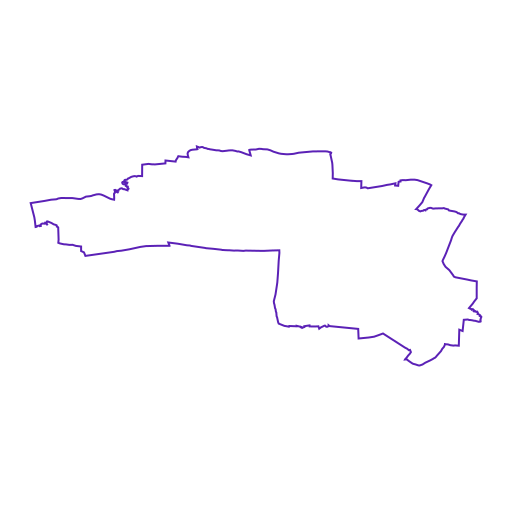 outline of Sopot, Dolj, Romania
{"feature_id": "2599482B68085275929328", "entity_name": "Sopot", "entity_type": "district", "adm_level": 2, "iso_a3": "ROU", "parent_name": "Romania", "parent_adm1": "Dolj", "projection": "robinson", "projection_center": [23.496, 44.397], "detail": "fine", "context": "isolated", "style": "outline", "palette": "violet", "viewbox_px": 512, "rotation_deg": 0, "n_neighbors": 0, "source": "geoboundaries", "source_scale": "gbopen_adm2", "svg_char_len": 6021}
<svg xmlns="http://www.w3.org/2000/svg" viewBox="0 0 512 512"><path d="M479.3,321.8L479.8,321.5L480.5,321.6L480.7,321.2L480.4,320.1L480.6,319.8L480.5,319.4L480.9,318.0L481.2,317.5L481.3,316.7L481.0,316.4L480.4,316.3L479.8,316.0L480.1,315.3L479.5,314.7L477.6,314.0L477.8,313.6L477.9,313.1L477.7,312.4L477.1,311.6L476.2,311.9L475.8,311.7L475.3,311.1L475.0,311.0L474.9,311.3L474.1,311.5L473.9,311.4L473.7,311.2L474.0,310.9L474.0,310.3L473.8,310.0L473.1,309.5L472.8,309.3L472.4,309.5L472.4,309.2L472.0,309.3L471.6,309.6L471.3,309.3L471.2,309.0L470.4,308.8L469.0,308.1L472.7,303.7L474.2,301.5L476.7,298.3L476.7,287.4L476.8,281.4L471.0,280.4L467.4,279.6L455.5,277.3L454.1,276.7L453.8,276.5L453.3,275.5L449.3,270.1L445.7,267.0L445.3,266.5L443.7,264.0L442.5,261.2L442.7,260.4L444.6,256.5L446.1,253.1L451.0,240.4L452.0,237.2L452.6,235.8L454.8,232.1L458.4,226.5L458.8,226.1L460.1,223.7L462.1,220.7L462.5,219.9L463.6,218.4L463.7,217.8L465.6,214.6L463.3,214.6L461.0,214.2L459.1,213.5L458.9,213.2L457.9,213.2L456.9,212.3L456.1,211.9L454.3,211.4L450.2,210.7L448.9,210.4L448.2,209.4L444.7,208.5L444.2,208.2L443.5,208.1L442.5,208.3L435.7,208.4L433.7,208.6L433.0,208.6L431.0,207.9L429.7,207.9L427.8,208.4L427.4,208.7L427.1,209.3L426.3,209.4L426.0,209.6L425.7,209.9L425.5,210.4L424.5,210.0L424.1,210.0L423.2,210.7L421.2,211.0L420.4,211.4L419.0,210.9L418.2,210.1L417.0,209.2L416.2,209.1L419.5,205.5L422.3,202.2L424.2,197.7L424.5,197.3L428.9,189.2L431.3,185.2L430.1,184.5L427.3,183.4L417.5,180.1L414.8,179.7L410.4,179.7L405.8,180.2L402.7,180.1L400.5,180.4L400.5,181.5L398.8,181.7L398.6,181.8L398.2,185.8L395.1,185.5L395.4,183.3L390.4,184.4L387.0,184.9L382.1,186.0L367.7,188.3L366.5,187.6L365.4,187.4L364.4,187.4L361.2,188.0L361.4,181.1L356.4,181.1L349.9,180.6L352.9,180.9L351.8,180.8L338.1,179.4L332.7,178.5L332.8,173.1L332.4,164.8L332.2,162.8L330.6,155.4L330.3,154.5L330.5,154.0L331.0,153.4L331.2,152.7L330.4,152.2L329.6,152.3L329.2,152.0L327.4,151.5L325.1,151.3L313.0,151.4L298.8,152.7L293.8,153.8L292.0,154.0L287.5,154.3L285.5,154.2L281.1,153.8L279.0,153.4L273.5,151.7L270.4,150.3L267.4,149.4L263.0,149.2L261.3,148.9L259.0,148.8L255.9,149.5L251.1,149.6L249.7,149.8L248.5,150.2L249.3,150.3L250.7,155.4L246.5,154.2L241.3,152.2L238.5,151.4L237.4,151.5L235.4,150.9L232.3,150.3L229.1,150.4L227.0,150.7L222.6,151.2L220.9,151.0L219.1,150.4L216.2,150.3L212.0,149.6L209.9,149.3L208.9,149.0L207.7,148.9L206.4,148.3L204.1,147.9L202.7,147.1L202.0,147.0L200.7,147.2L199.6,147.6L198.4,147.0L197.9,146.9L196.9,146.5L197.2,148.9L197.4,149.1L197.1,149.3L192.5,149.7L190.7,150.1L189.6,150.7L188.2,151.9L187.6,153.3L187.8,155.3L188.4,157.3L185.8,156.9L182.0,156.7L178.3,156.2L177.2,158.4L176.7,159.0L175.8,160.5L175.6,161.6L165.5,160.5L165.4,163.4L155.1,164.4L151.7,164.3L148.5,163.9L142.2,164.7L142.1,176.1L138.1,175.9L136.6,176.6L136.2,176.3L134.5,176.1L132.9,176.4L131.2,176.9L129.1,178.1L127.9,178.6L127.8,178.9L126.9,179.7L126.3,179.8L125.2,179.8L124.6,180.1L124.3,180.6L124.1,181.1L125.5,182.0L127.4,182.6L127.2,183.3L127.0,183.6L124.5,182.2L124.3,181.7L122.6,182.0L122.3,182.3L122.2,182.7L122.4,183.2L122.7,183.8L123.6,184.3L124.6,184.4L125.3,184.1L125.4,184.9L126.2,185.6L126.0,186.0L126.9,186.4L127.8,186.6L127.8,186.8L127.2,187.1L127.4,187.8L127.7,188.2L128.2,188.3L128.5,188.6L128.4,189.0L127.4,190.0L127.4,190.3L124.1,189.1L123.3,189.2L121.8,188.3L120.2,188.6L118.6,190.0L117.3,190.7L116.3,190.5L115.3,189.9L114.5,190.0L114.5,190.3L115.3,191.0L116.8,191.8L117.9,192.1L117.7,192.4L115.8,191.6L114.9,191.7L114.8,192.9L114.3,193.3L114.0,193.9L114.1,195.2L114.2,198.1L114.1,199.7L111.7,199.2L110.1,198.7L103.8,195.6L101.3,194.6L99.8,194.3L98.8,194.2L96.5,194.4L92.7,195.4L91.5,195.9L89.9,196.2L86.0,196.6L82.4,198.4L80.5,199.0L78.2,198.9L72.6,198.1L61.2,198.0L58.2,198.5L56.9,199.1L56.1,199.3L51.1,199.7L44.7,200.9L30.7,203.1L34.3,217.2L34.8,220.2L35.6,227.0L36.6,226.8L36.8,226.1L39.8,225.4L39.9,226.1L40.8,226.0L40.8,225.7L40.4,225.3L40.5,224.9L40.8,224.4L42.3,223.5L43.2,223.5L44.2,223.7L44.4,223.5L45.0,223.5L45.1,223.2L45.0,222.9L45.1,222.7L45.8,222.9L45.9,223.1L45.8,223.6L46.5,224.0L47.0,224.5L47.1,224.4L46.7,224.0L46.6,222.5L46.8,222.5L47.0,222.2L47.0,221.5L47.6,221.4L51.5,223.0L53.6,224.3L56.0,225.0L56.7,225.4L56.8,226.6L57.9,227.1L58.2,227.5L58.6,239.6L58.3,242.8L59.8,243.4L63.9,244.3L66.0,244.4L69.5,244.9L70.9,244.9L72.5,244.8L75.9,245.9L81.1,246.5L81.1,251.0L84.0,252.4L85.4,255.9L114.2,251.8L116.9,251.1L121.3,250.7L129.4,249.3L140.4,246.9L146.0,246.1L157.7,245.8L169.5,245.8L169.5,245.6L168.3,242.5L177.7,243.7L187.0,245.3L190.0,245.5L191.1,245.9L204.8,247.9L206.1,248.2L213.2,248.8L221.2,249.7L222.3,250.0L223.0,250.0L226.1,250.2L229.8,250.3L233.8,250.6L237.4,250.5L243.5,250.9L245.6,250.6L263.3,250.9L272.0,250.5L279.3,250.3L279.4,252.9L278.7,260.8L278.0,273.4L277.3,282.5L276.9,285.3L275.5,294.5L273.8,301.2L274.0,303.2L274.4,304.4L274.7,306.0L275.0,308.0L275.6,309.3L275.8,311.1L276.0,311.9L276.3,312.5L276.6,316.2L277.1,317.4L278.1,322.1L278.7,323.6L284.4,325.9L286.9,326.3L288.9,326.7L289.2,326.0L296.6,326.3L296.6,325.8L300.2,326.7L300.3,326.6L301.4,327.0L301.2,327.4L301.9,327.6L301.4,328.3L302.7,327.6L304.4,327.0L304.3,326.2L309.5,325.4L309.6,326.4L313.5,326.5L317.7,326.4L318.4,326.3L319.2,328.7L320.9,327.4L324.4,325.7L325.0,325.6L326.2,326.7L327.0,326.8L327.8,326.6L328.6,325.9L328.6,325.3L329.6,326.1L358.2,328.9L358.6,338.5L368.8,337.5L374.1,336.7L378.4,335.2L383.0,333.5L405.1,347.7L407.1,348.7L408.9,350.2L410.0,349.9L410.9,352.1L409.8,353.8L408.2,355.5L406.5,357.8L405.1,359.3L405.0,359.5L405.9,359.4L407.1,359.6L408.4,360.7L412.0,363.2L413.1,363.8L415.4,364.4L418.4,365.4L419.6,365.5L422.5,364.5L425.3,362.7L430.2,360.4L433.0,358.9L433.6,358.4L434.4,358.1L435.2,357.6L436.1,356.7L436.8,355.8L441.0,351.1L442.2,348.9L444.0,346.8L445.0,344.4L445.0,344.1L446.2,344.3L447.9,344.4L450.4,345.2L453.4,345.6L455.1,345.4L458.8,345.7L459.3,329.7L462.6,331.0L463.8,319.8L467.8,319.5L469.2,320.0L470.2,320.0L472.2,320.3L473.9,320.7L475.2,320.8L478.7,321.8L479.3,321.8Z" fill="none" stroke="#5b21b6" stroke-width="2"/></svg>